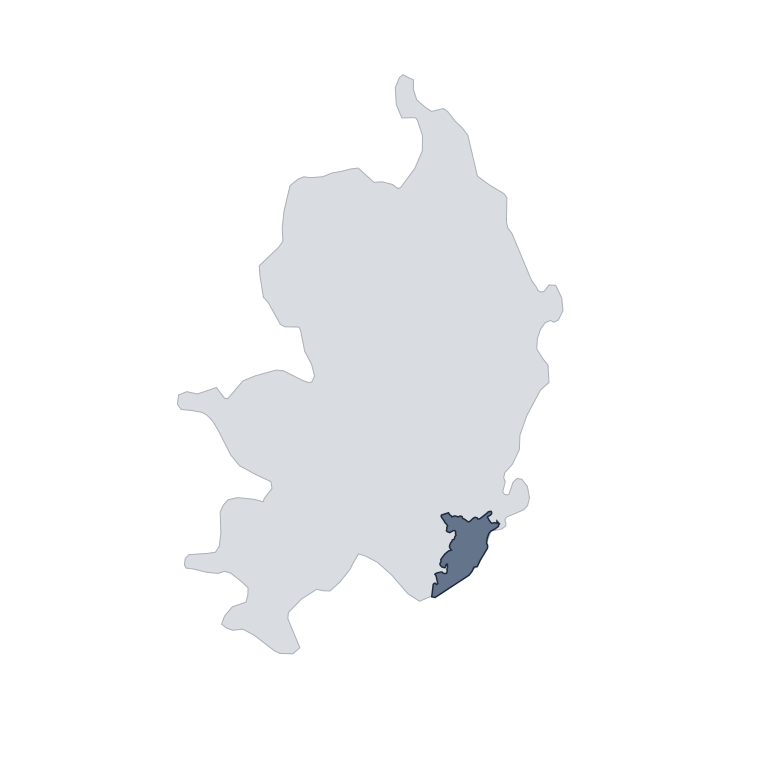 Thurgau highlighted on a map of Switzerland, rotated 115°
{"feature_id": "CHE-174", "entity_name": "Thurgau", "entity_type": "Canton", "adm_level": 1, "iso_a3": "CHE", "parent_name": "Switzerland", "parent_adm1": "", "projection": "orthographic", "projection_center": [9.06, 47.531], "detail": "fine", "context": "in_parent", "style": "filled", "palette": "slate", "viewbox_px": 768, "rotation_deg": 115, "n_neighbors": 0, "source": "natural_earth", "source_scale": "10m", "svg_char_len": 4575}
<svg xmlns="http://www.w3.org/2000/svg" viewBox="0 0 768 768"><g transform="rotate(115 384 384)"><path d="M553.0,249.4L556.8,251.8L565.9,260.0L563.9,274.1L553.7,296.7L548.3,315.0L547.8,329.0L548.9,335.6L550.7,335.5L560.7,336.4L565.7,336.4L581.6,340.1L594.4,345.5L596.9,351.3L598.7,358.4L614.0,368.0L631.5,374.1L637.3,372.0L658.6,348.8L667.0,352.5L672.2,364.5L672.1,370.9L666.6,395.3L665.8,408.3L671.1,416.9L671.7,423.6L670.3,429.7L661.7,430.4L650.0,427.3L640.0,416.9L632.6,418.3L626.1,421.1L623.0,431.0L620.2,442.9L621.2,449.5L625.9,454.5L629.6,465.2L632.4,479.2L634.5,485.6L632.3,488.4L626.2,490.4L621.1,488.6L611.9,472.0L607.7,465.7L600.6,464.7L588.2,468.8L569.2,478.4L561.5,478.4L554.9,476.5L548.8,468.6L543.5,453.4L541.8,443.8L538.1,444.1L525.9,441.4L520.3,445.2L520.3,460.8L519.2,480.3L513.1,492.9L496.0,514.7L489.7,524.2L487.2,531.0L486.6,536.9L489.3,547.2L492.8,557.0L489.8,562.6L480.7,565.5L474.3,559.5L471.9,548.9L458.0,534.4L464.4,522.4L463.3,519.4L440.5,513.0L430.7,503.8L417.0,487.7L414.5,480.7L415.2,458.4L414.5,453.0L412.7,450.3L406.0,450.4L396.6,458.1L388.0,469.6L370.3,482.5L368.4,485.3L374.1,498.1L373.8,503.1L359.2,523.2L356.4,529.9L338.0,542.4L329.6,547.0L304.4,537.2L297.4,535.9L286.0,542.0L269.9,547.6L243.9,553.0L234.5,548.4L230.1,544.2L228.1,537.9L221.9,526.9L214.7,520.3L209.8,513.1L203.3,505.2L199.2,498.7L205.5,478.3L201.5,471.0L199.6,460.6L201.0,453.7L198.7,451.9L175.7,447.2L156.5,447.8L142.5,454.2L130.9,465.2L129.5,467.6L130.1,469.7L135.3,480.3L125.5,491.0L110.6,499.0L100.2,499.5L95.8,497.7L96.0,485.8L104.7,481.8L112.7,474.4L115.7,463.7L116.9,456.1L109.2,446.5L110.4,440.9L115.8,430.4L119.0,421.0L123.3,413.0L139.7,400.1L156.1,387.2L159.0,372.9L160.8,355.5L163.2,351.4L185.0,341.7L190.4,337.7L193.3,331.9L210.7,312.8L227.9,293.9L231.4,287.5L234.3,283.8L234.4,280.6L232.4,278.1L224.5,276.3L222.0,270.1L230.9,259.3L241.8,252.8L252.2,253.0L256.3,256.2L256.0,259.8L260.4,263.9L268.2,265.3L278.0,264.2L287.8,260.3L294.0,250.6L297.6,243.3L312.9,235.1L323.2,239.6L352.0,241.2L373.0,239.2L386.2,233.6L402.5,233.7L413.4,237.1L415.3,236.6L418.4,235.9L421.3,232.8L431.6,230.8L433.1,228.2L432.6,225.6L430.8,224.2L418.2,225.5L413.3,223.4L412.1,218.8L416.3,210.7L425.6,204.1L433.5,202.5L439.1,204.3L452.9,216.7L456.3,217.1L458.2,214.9L461.1,213.7L465.8,216.1L471.2,223.8L472.1,224.9L503.0,222.3L510.0,222.3L531.0,235.6L553.0,249.4Z" fill="#d9dde1" stroke="#a8b0b8" stroke-width="1"/><path d="M468.4,222.1L468.5,222.2L472.2,225.0L475.2,225.8L480.2,225.3L484.7,223.9L486.7,221.7L489.1,220.8L503.1,222.3L510.1,222.3L511.8,225.0L516.5,225.0L521.3,226.1L555.9,247.5L556.7,250.8L546.6,254.1L545.5,254.5L544.9,254.7L544.4,254.6L543.2,254.0L543.1,253.7L542.9,253.5L543.5,251.7L542.2,250.9L535.8,255.8L534.9,257.5L534.1,257.2L533.0,256.3L530.2,252.7L529.9,251.8L530.3,250.8L530.4,250.1L530.4,249.3L529.2,247.4L527.4,247.5L526.8,247.7L526.2,248.0L525.6,248.6L525.2,248.7L524.2,248.8L523.4,248.9L522.7,249.2L522.2,249.6L521.8,250.1L521.5,250.3L521.3,250.3L521.0,250.1L520.7,250.2L520.5,250.5L520.6,250.9L521.0,251.3L522.4,251.4L523.1,251.3L523.8,251.0L524.4,251.0L524.8,251.1L525.4,253.9L524.9,255.4L524.7,255.9L524.2,256.7L523.5,257.2L522.7,257.5L521.6,257.2L520.9,257.3L519.7,257.9L519.2,258.3L517.0,258.0L512.1,256.9L508.0,254.9L506.1,252.7L504.9,254.8L504.4,255.5L503.4,256.1L501.3,256.4L499.7,256.4L498.1,256.0L497.6,256.0L496.5,256.2L496.2,256.1L495.9,255.7L495.6,255.3L495.3,254.9L494.9,254.8L492.7,255.2L491.9,255.2L490.9,254.8L490.5,254.9L489.4,256.0L488.9,256.2L488.2,256.4L487.5,256.7L487.0,257.5L487.2,258.4L487.4,259.1L490.9,261.6L490.9,262.2L491.1,264.1L491.0,264.7L490.8,265.2L490.4,265.5L489.5,265.6L488.8,265.8L488.2,266.0L487.6,266.4L487.1,266.5L486.7,266.5L486.2,266.3L485.6,266.5L485.1,267.2L483.7,270.4L482.5,271.9L480.8,275.0L479.7,276.4L478.4,276.5L473.4,271.1L474.4,269.8L474.7,269.2L474.9,268.4L475.1,267.1L475.8,266.2L474.8,265.4L473.6,264.1L473.0,260.3L471.7,259.5L471.4,259.0L471.2,257.9L471.2,257.3L471.3,257.0L471.5,256.8L472.1,256.4L472.3,256.1L472.6,255.6L472.6,255.2L472.5,254.7L472.4,254.4L472.5,253.9L473.2,250.0L473.3,249.5L473.0,248.8L472.1,248.1L468.4,246.6L467.1,245.9L466.3,245.0L465.9,243.3L466.5,242.1L466.7,241.7L466.0,240.7L465.3,240.0L457.3,236.0L455.8,235.5L454.7,234.1L454.2,233.4L454.2,233.0L454.5,232.6L455.2,232.0L456.1,231.7L457.0,231.8L458.9,232.7L459.5,233.5L460.1,233.9L460.6,234.0L461.0,234.0L461.8,232.6L462.9,231.3L463.9,229.5L464.4,228.7L464.6,227.8L464.4,227.0L463.0,225.3L462.5,222.8L460.5,223.7L462.0,220.2L463.2,220.7L464.6,220.1L468.4,222.1Z" fill="#64748b" stroke="#1e293b" stroke-width="1.5"/></g></svg>